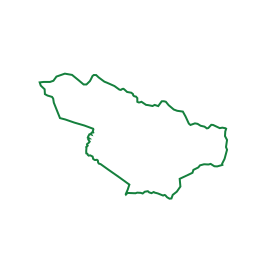 Ippy, Ouaka, Central African Republic, rotated 305°
{"feature_id": "33826404B55816089636663", "entity_name": "Ippy", "entity_type": "district", "adm_level": 2, "iso_a3": "CAF", "parent_name": "Central African Republic", "parent_adm1": "Ouaka", "projection": "natural_earth1", "projection_center": [21.235, 6.7], "detail": "fine", "context": "isolated", "style": "outline", "palette": "green", "viewbox_px": 256, "rotation_deg": 305, "n_neighbors": 0, "source": "geoboundaries", "source_scale": "gbopen_adm2", "svg_char_len": 2085}
<svg xmlns="http://www.w3.org/2000/svg" viewBox="0 0 256 256"><g transform="rotate(305 128 128)"><path d="M97.1,66.6L99.0,71.7L101.7,81.1L105.0,90.8L107.4,99.9L106.9,100.5L105.3,101.0L104.8,101.2L104.7,101.7L104.4,102.1L104.1,101.9L103.8,101.1L103.1,100.9L102.0,100.9L101.6,101.7L101.3,100.6L100.8,100.0L99.9,100.1L98.6,100.2L97.0,100.6L97.0,101.0L97.2,101.9L97.2,102.3L96.8,101.8L96.0,101.8L95.2,103.3L94.9,104.4L94.0,104.4L92.8,104.2L91.7,103.7L90.7,104.0L90.4,105.1L89.4,105.1L88.4,104.7L87.5,105.6L85.6,106.7L84.3,107.6L83.3,108.4L83.6,109.5L83.0,110.3L82.8,111.6L83.9,112.7L84.1,113.8L84.3,115.4L82.7,117.2L82.7,118.9L83.2,119.8L84.1,120.7L84.1,121.9L82.8,123.1L82.1,124.4L82.7,126.3L82.6,135.7L82.6,149.7L82.4,161.6L77.4,163.1L72.5,164.1L72.3,164.5L74.5,164.8L78.8,171.5L80.3,172.6L82.1,175.5L82.8,177.6L85.4,178.3L87.6,180.5L87.4,182.3L88.1,184.6L90.3,185.8L90.4,187.0L91.5,189.9L92.4,193.8L92.8,195.5L94.0,196.2L94.3,197.2L93.7,199.7L93.9,202.5L95.2,204.0L98.9,203.0L103.8,204.5L110.1,204.5L116.0,199.5L128.3,206.5L131.2,205.6L136.0,208.2L138.7,208.4L141.9,211.1L144.3,214.9L146.0,216.3L146.2,220.7L147.7,223.1L151.9,226.5L152.7,225.6L158.1,224.8L167.0,221.6L168.6,219.2L175.0,216.0L177.0,212.1L180.9,209.7L183.7,208.8L183.7,208.0L182.4,205.1L180.5,203.2L179.3,196.0L178.4,194.4L174.0,193.8L172.9,192.8L173.0,189.9L171.5,186.2L171.3,182.6L170.2,180.2L166.3,177.4L166.5,175.3L170.4,168.6L172.9,163.5L170.3,158.4L169.4,154.9L170.0,148.2L171.2,143.9L170.5,142.1L169.2,140.3L163.3,140.2L162.2,136.6L160.1,135.5L158.4,131.6L157.3,129.5L157.2,124.0L155.7,122.9L155.0,121.9L154.8,120.6L157.8,118.5L158.3,116.5L157.6,114.9L157.7,113.6L158.6,112.7L158.8,110.5L157.0,106.6L157.5,102.7L157.5,101.8L156.8,101.0L155.1,100.3L154.5,98.9L154.6,92.8L153.0,84.6L152.4,82.1L152.6,75.0L153.1,71.6L151.8,69.6L150.2,69.1L147.1,69.6L144.6,69.9L139.8,69.0L138.2,66.7L138.8,60.0L139.4,51.7L136.3,45.1L129.1,39.9L123.9,39.8L121.0,37.7L117.2,32.3L114.7,29.5L112.7,32.2L111.9,37.5L108.1,40.5L108.4,43.4L109.9,47.9L109.2,49.8L106.2,52.7L97.1,66.6Z" fill="none" stroke="#15803d" stroke-width="2"/></g></svg>